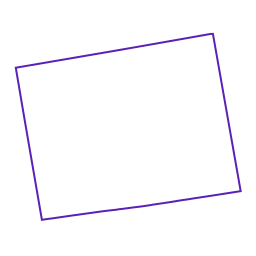 Stephenson, Illinois, United States of America, rotated 171°
{"feature_id": "52423323B66491108399263", "entity_name": "Stephenson", "entity_type": "district", "adm_level": 2, "iso_a3": "USA", "parent_name": "United States of America", "parent_adm1": "Illinois", "projection": "mercator", "projection_center": [-89.633, 42.351], "detail": "fine", "context": "isolated", "style": "outline", "palette": "violet", "viewbox_px": 256, "rotation_deg": 171, "n_neighbors": 0, "source": "geoboundaries", "source_scale": "gbopen_adm2", "svg_char_len": 545}
<svg xmlns="http://www.w3.org/2000/svg" viewBox="0 0 256 256"><g transform="rotate(171 128 128)"><path d="M227.4,50.8L219.9,50.7L219.3,50.7L218.8,50.6L218.3,50.6L195.7,50.3L192.5,50.2L192.3,50.2L181.1,50.0L165.1,49.7L153.5,49.2L151.5,49.1L151.0,49.1L150.2,49.2L146.4,49.0L134.7,48.7L132.3,48.6L125.7,48.4L117.1,48.3L115.8,48.4L97.1,48.2L86.7,48.3L82.7,48.2L77.4,48.2L75.2,48.2L74.4,48.2L60.8,48.1L26.9,48.0L26.6,48.0L29.4,207.7L31.9,208.0L117.7,206.5L229.4,205.1L228.8,150.8L227.4,50.8Z" fill="none" stroke="#5b21b6" stroke-width="2"/></g></svg>